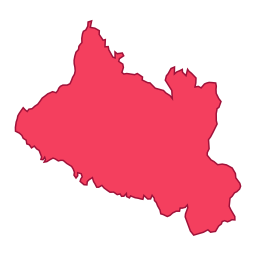 Pejuçara, Rio Grande do Sul, Brazil
{"feature_id": "56859067B42637722016713", "entity_name": "Pejuçara", "entity_type": "district", "adm_level": 2, "iso_a3": "BRA", "parent_name": "Brazil", "parent_adm1": "Rio Grande do Sul", "projection": "robinson", "projection_center": [-53.603, -28.445], "detail": "fine", "context": "isolated", "style": "filled", "palette": "rose", "viewbox_px": 256, "rotation_deg": 0, "n_neighbors": 0, "source": "geoboundaries", "source_scale": "gbopen_adm2", "svg_char_len": 2820}
<svg xmlns="http://www.w3.org/2000/svg" viewBox="0 0 256 256"><path d="M55.2,158.9L58.3,160.9L60.8,160.3L63.2,160.4L66.7,163.4L71.6,166.4L73.2,169.0L74.4,172.2L74.0,175.2L76.0,178.0L77.7,175.8L77.7,172.7L81.2,173.7L82.2,176.8L80.8,179.0L80.1,181.4L84.0,184.7L86.9,184.9L87.3,181.6L89.1,179.7L92.4,177.6L93.6,181.6L94.9,183.7L96.7,187.2L98.7,187.2L101.9,185.4L104.1,188.0L107.5,190.5L110.0,192.2L113.7,192.1L117.2,194.6L120.2,194.0L121.5,196.3L123.9,196.2L126.4,193.5L126.6,196.5L129.4,197.9L130.6,195.9L135.1,197.7L138.2,198.2L140.7,198.9L142.9,199.3L143.9,195.4L147.7,199.0L150.6,198.9L152.1,195.3L154.2,198.1L154.5,200.6L156.3,202.5L157.6,205.8L160.0,210.1L160.8,213.8L163.1,214.5L167.3,216.5L169.9,215.4L172.7,212.9L176.2,211.2L179.5,211.2L180.1,208.1L182.3,208.1L185.3,207.3L187.3,205.0L187.8,207.7L185.5,213.9L185.2,216.9L190.4,231.0L193.7,235.1L203.5,232.2L207.9,229.8L210.6,232.2L215.5,231.4L218.6,226.1L221.4,223.9L222.2,221.5L224.7,220.7L227.5,221.8L229.8,220.9L231.8,219.7L234.9,219.9L234.8,216.5L230.9,209.9L229.2,206.3L230.0,198.2L232.2,196.2L234.5,192.8L236.8,191.7L239.6,189.0L240.6,186.2L239.8,183.3L235.8,177.8L235.4,173.5L232.2,168.0L226.5,164.9L222.3,164.1L217.7,164.7L214.0,161.6L211.0,159.9L207.2,155.2L207.3,152.5L209.1,148.8L208.5,139.7L210.6,136.8L212.9,132.5L217.1,124.0L216.3,120.7L216.2,113.6L217.1,108.6L218.9,107.4L221.0,101.5L218.7,98.5L216.2,93.4L216.0,89.4L216.3,86.2L215.7,83.0L212.1,82.6L209.1,82.4L206.5,83.1L204.5,84.0L201.1,87.9L198.3,86.4L195.0,87.0L195.8,82.9L196.0,78.0L191.5,73.3L188.9,71.2L187.6,69.3L186.0,75.7L182.5,72.2L182.3,69.4L179.7,70.7L176.8,71.9L174.4,74.0L174.5,67.0L171.0,68.5L168.2,73.6L166.4,75.8L165.3,80.2L171.8,90.5L172.3,98.6L170.0,95.6L165.9,93.0L163.5,90.5L155.2,88.2L150.0,82.9L147.7,82.7L142.2,80.0L142.5,77.0L137.3,73.5L134.7,74.7L126.8,73.5L123.8,74.0L121.9,72.4L123.4,67.5L122.8,64.2L118.7,61.4L119.4,58.7L123.7,55.8L122.3,53.0L117.1,53.7L115.0,51.9L115.1,57.9L112.8,57.1L108.8,49.8L108.2,46.6L105.0,46.8L105.3,39.6L103.1,40.2L99.2,34.5L99.3,30.7L94.9,28.2L90.3,27.4L91.6,20.9L88.1,22.0L87.8,26.2L85.8,30.0L83.4,31.3L82.5,33.9L81.8,38.3L81.9,42.6L80.4,44.2L78.9,46.3L78.5,49.5L76.0,52.2L74.8,56.3L74.1,60.3L74.2,63.8L74.9,67.2L75.2,70.9L74.5,74.2L72.6,77.4L71.4,80.7L70.0,83.7L67.2,85.1L62.9,85.1L60.4,86.3L58.8,88.2L57.8,90.5L56.1,92.7L52.5,91.7L50.2,92.8L47.8,93.8L45.3,95.8L42.2,98.1L40.0,101.3L37.7,104.3L34.7,106.3L32.1,108.7L28.9,109.2L27.2,111.5L25.2,109.9L23.2,107.7L21.0,110.8L19.1,113.6L17.8,116.0L17.3,118.7L16.2,122.0L15.8,124.7L15.4,127.4L15.5,131.2L19.5,133.2L21.9,135.4L23.2,138.3L26.2,140.2L26.8,143.9L29.4,144.8L31.5,147.9L34.3,146.1L36.7,148.9L39.1,150.4L40.7,154.5L41.6,156.9L40.9,159.4L43.0,159.7L44.7,157.2L45.5,159.6L44.2,162.1L46.9,161.6L49.9,159.7L53.0,158.1L55.2,158.9Z" fill="#f43f5e" stroke="#9f1239" stroke-width="1.5"/></svg>